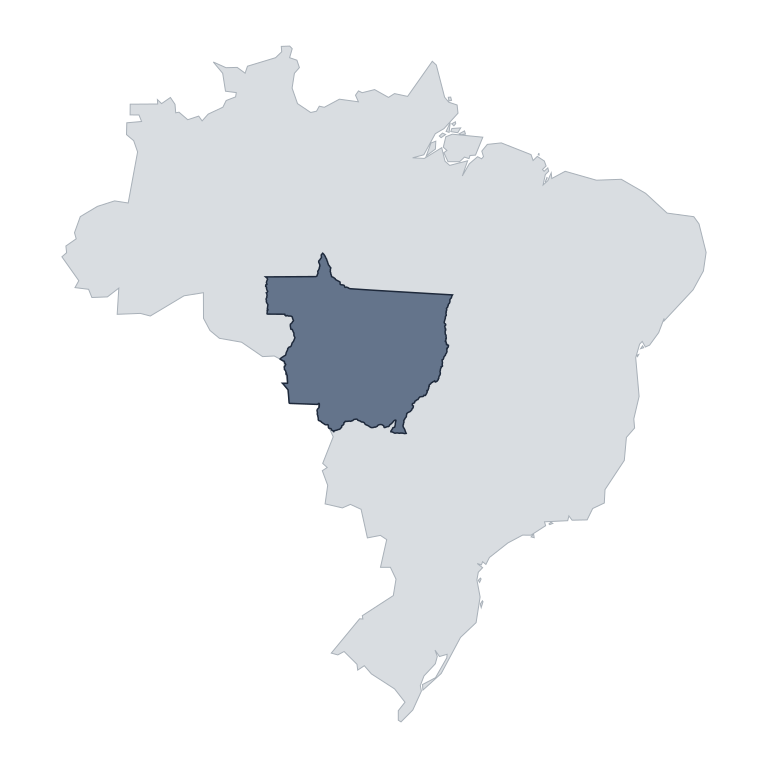 where Mato Grosso sits in Brazil
{"feature_id": "BRA-602", "entity_name": "Mato Grosso", "entity_type": "State", "adm_level": 1, "iso_a3": "BRA", "parent_name": "Brazil", "parent_adm1": "", "projection": "mercator", "projection_center": [-55.436, -12.685], "detail": "fine", "context": "in_parent", "style": "filled", "palette": "slate", "viewbox_px": 768, "rotation_deg": 0, "n_neighbors": 0, "source": "natural_earth", "source_scale": "10m", "svg_char_len": 9729}
<svg xmlns="http://www.w3.org/2000/svg" viewBox="0 0 768 768"><path d="M179.0,112.2L187.7,119.7L198.7,116.1L202.1,120.9L208.2,114.1L222.9,107.2L226.2,100.5L235.6,96.9L236.3,92.6L225.5,91.2L222.7,73.3L213.3,62.0L226.0,67.7L237.2,67.4L245.1,73.2L247.5,66.2L275.6,57.7L281.7,51.8L281.3,46.4L289.7,46.1L292.2,48.7L289.6,57.7L296.9,60.2L299.4,67.6L294.4,73.3L292.1,88.1L297.5,103.6L310.7,112.5L316.5,111.2L319.3,106.2L324.3,107.3L339.4,99.2L358.4,101.8L355.5,95.2L358.5,90.9L362.2,92.7L374.6,89.6L388.5,97.4L394.5,93.6L407.6,96.4L432.3,61.3L436.3,65.0L444.6,97.2L448.8,102.2L457.1,105.0L458.0,113.2L444.0,128.6L435.3,133.7L423.8,154.8L412.6,157.8L424.4,158.4L441.7,147.7L445.0,161.2L449.7,165.4L467.6,160.8L462.3,176.0L469.3,163.8L477.6,156.7L481.6,158.8L483.5,156.6L481.8,151.1L487.3,144.4L501.3,142.9L531.0,154.6L533.1,160.5L537.3,156.4L544.3,161.0L546.1,166.0L542.5,169.5L544.1,171.3L547.8,167.9L548.7,171.2L545.3,174.6L543.1,185.0L547.8,180.7L551.2,172.9L551.8,178.5L565.2,171.3L596.4,180.2L621.3,179.3L645.7,193.4L667.1,213.1L693.8,216.7L699.0,223.9L706.1,252.4L703.4,271.0L693.1,289.8L664.1,320.9L664.1,318.4L658.7,332.6L649.6,345.1L645.4,347.0L642.2,341.4L639.6,344.2L635.7,357.7L639.1,396.4L633.8,418.9L634.6,428.0L626.4,437.4L624.3,460.4L605.0,489.6L604.3,503.0L592.7,508.5L587.1,519.9L572.1,520.2L568.9,515.9L567.7,520.7L544.5,521.8L545.6,525.7L530.9,535.2L522.6,535.1L507.8,543.0L489.4,557.5L485.9,564.4L482.6,561.7L481.4,564.9L477.2,563.5L482.6,567.7L478.3,572.2L476.9,579.9L480.1,597.0L476.1,622.6L460.5,637.4L441.2,673.5L422.9,690.1L422.5,684.5L435.5,677.7L446.8,657.8L447.1,654.3L439.5,656.5L435.0,650.1L437.3,656.4L435.3,663.8L424.0,675.9L420.3,685.6L421.4,691.1L412.8,710.0L401.0,721.9L398.3,720.2L398.3,710.7L405.0,702.2L394.6,688.9L371.4,673.9L364.3,665.7L357.7,670.1L357.0,664.3L344.1,651.5L337.8,654.9L331.3,653.1L359.6,618.8L362.9,619.0L362.3,615.7L393.3,595.6L396.0,579.1L390.4,567.3L380.5,567.3L386.7,539.6L380.4,535.4L367.4,537.9L361.1,509.3L350.4,504.4L342.4,507.9L325.1,503.9L327.7,485.3L322.3,470.7L327.2,467.5L322.7,463.4L333.2,436.8L327.7,424.7L318.4,419.9L319.2,403.6L289.2,403.3L288.1,389.8L282.5,383.3L287.5,383.2L283.7,361.1L274.3,356.0L262.6,356.6L241.6,342.2L219.4,338.3L210.0,330.5L203.5,318.3L203.4,292.7L184.0,295.8L150.3,316.0L140.4,313.4L117.2,314.3L118.8,288.1L107.4,296.9L91.9,297.5L88.6,289.3L75.0,287.6L78.8,280.7L61.9,256.8L66.6,252.7L65.9,246.0L76.2,238.8L74.5,232.7L80.3,216.6L97.4,206.4L114.6,200.9L128.2,203.0L137.6,151.9L133.7,140.7L126.5,134.6L126.8,122.8L141.6,121.5L139.0,115.0L130.1,114.9L130.2,104.2L157.7,104.0L157.4,99.6L161.6,103.6L170.4,97.5L175.0,104.3L175.7,112.8L179.0,112.2ZM452.3,134.2L482.8,137.2L475.5,155.1L470.0,155.5L469.0,158.6L464.5,157.1L459.6,161.7L448.0,161.7L443.9,152.7L446.9,150.4L443.3,147.2L445.8,136.8L452.3,134.2ZM426.3,155.9L431.0,143.0L435.8,141.2L435.4,149.1L426.3,155.9ZM460.7,127.9L457.7,132.7L450.8,131.6L451.9,128.5L460.7,127.9ZM450.2,122.6L449.1,132.4L446.1,131.4L450.2,122.6ZM465.5,134.1L461.2,134.7L459.2,133.8L464.5,130.9L465.5,134.1ZM445.6,134.5L441.1,137.7L439.3,136.0L442.5,133.1L445.6,134.5ZM453.9,125.8L451.7,123.8L455.4,121.8L455.7,123.7L453.9,125.8ZM451.5,100.4L448.9,100.9L448.3,97.3L450.7,97.1L451.5,100.4ZM481.2,607.6L480.3,604.0L482.4,600.8L483.0,601.7L481.2,607.6ZM533.6,533.9L534.2,537.7L531.1,536.9L533.6,533.9ZM479.6,582.4L478.3,580.3L480.4,578.1L481.1,579.0L479.6,582.4ZM547.0,178.5L545.1,182.2L547.1,177.0L547.0,178.5ZM643.7,347.7L640.6,348.7L642.6,345.8L643.7,347.7ZM552.8,523.4L549.7,524.6L549.0,523.9L551.0,522.2L552.8,523.4ZM638.7,354.5L637.5,356.6L636.8,355.3L638.7,354.5ZM538.9,153.1L539.1,155.1L538.2,154.8L538.9,153.1Z" fill="#d9dde1" stroke="#a8b0b8" stroke-width="1"/><path d="M317.3,404.4L289.9,403.4L289.4,403.2L289.1,402.5L288.1,390.2L288.0,389.8L283.3,384.1L282.5,383.3L287.5,383.3L287.6,383.1L287.2,375.4L287.0,375.0L286.2,374.4L286.0,373.9L286.5,373.7L286.4,373.0L285.8,371.8L285.5,370.5L284.6,369.7L284.4,369.4L284.4,368.0L284.2,367.4L284.3,366.4L285.1,366.0L285.7,364.4L285.3,364.0L285.3,363.7L284.8,363.3L284.7,362.9L284.3,361.3L282.6,360.7L282.4,360.4L281.3,359.9L280.1,359.0L281.2,357.9L284.1,356.0L285.4,355.3L285.7,354.9L286.3,352.4L287.6,349.8L287.7,348.7L288.8,347.3L289.4,347.0L290.5,346.7L291.3,345.7L292.1,343.0L293.5,341.3L294.9,337.8L294.9,337.4L294.3,336.4L293.9,335.3L293.9,333.1L293.7,332.7L293.2,331.8L292.3,329.5L291.9,329.3L291.2,329.4L290.9,329.2L290.7,328.5L290.6,327.5L290.4,326.7L290.3,325.2L290.4,324.2L291.8,323.0L292.3,322.3L292.6,321.6L293.2,321.2L293.5,320.6L292.7,318.8L292.4,317.5L292.0,316.6L290.9,316.1L289.6,316.0L288.9,316.1L288.0,315.9L287.3,315.5L287.0,315.5L286.0,316.0L284.9,315.1L284.8,314.9L284.9,314.3L284.8,314.2L267.9,314.1L267.2,314.0L267.0,313.4L267.3,311.9L267.1,310.7L267.2,310.4L267.6,310.5L267.7,310.4L268.0,309.5L267.9,309.3L267.3,308.9L267.9,304.7L267.7,304.3L267.1,303.4L266.3,301.8L266.5,300.6L266.1,299.6L266.2,298.5L266.9,297.2L266.8,296.4L267.1,295.4L266.7,293.4L266.3,292.9L267.0,292.6L267.7,291.3L267.0,290.2L266.5,288.5L266.6,287.6L266.5,287.3L266.4,287.0L265.7,286.5L265.6,286.1L265.8,285.4L265.9,284.8L266.9,284.5L266.9,284.1L266.5,283.0L266.4,282.4L266.9,280.8L267.6,279.2L267.2,278.3L265.6,276.9L315.9,276.6L317.0,275.9L317.4,274.5L318.0,273.3L317.7,271.2L318.4,270.4L318.9,269.1L319.4,268.3L319.3,267.6L319.9,265.9L319.6,264.2L318.7,262.2L318.7,261.2L319.1,260.5L320.0,259.7L320.4,258.9L321.2,257.9L321.5,257.1L321.2,255.9L321.3,254.8L322.7,253.2L323.9,254.4L325.2,256.4L325.9,258.1L326.6,259.1L326.9,260.4L327.6,262.0L327.8,263.1L328.2,263.9L328.4,264.8L329.4,265.9L329.7,266.6L330.8,267.8L330.8,268.0L330.3,269.6L330.4,270.7L330.2,271.6L330.6,272.4L330.8,273.5L330.8,274.2L331.3,275.0L331.6,276.6L331.8,276.7L333.4,277.4L335.2,278.7L335.4,279.4L336.3,280.0L339.8,281.8L340.0,282.1L340.1,282.8L340.1,284.1L340.4,284.4L341.1,284.8L342.6,284.9L344.0,285.3L344.5,286.0L344.7,287.0L345.1,287.4L346.6,287.1L347.2,287.4L348.0,287.6L348.7,288.2L350.1,288.7L372.7,290.2L435.0,293.9L452.5,294.9L451.8,296.1L451.4,297.8L450.3,299.0L449.9,299.7L449.8,300.0L450.0,301.0L449.7,302.5L449.4,303.2L448.3,304.4L448.2,305.5L447.7,306.2L447.8,306.8L447.6,307.0L447.4,307.5L447.0,307.7L446.5,308.4L446.5,308.8L446.7,309.3L446.7,310.0L446.5,310.7L446.1,311.2L446.3,312.2L445.9,313.0L446.3,315.2L446.2,315.6L445.8,315.9L445.4,316.6L445.3,318.5L445.0,319.3L444.2,322.1L444.2,322.6L444.4,323.1L444.7,323.5L445.5,324.0L445.7,324.4L445.6,325.3L444.7,326.1L444.7,326.6L445.0,327.3L445.2,328.6L445.8,329.1L445.7,329.4L445.4,329.7L445.6,330.5L445.2,330.9L445.1,331.6L445.3,334.2L445.9,334.9L446.1,335.5L446.0,336.1L446.3,338.2L446.2,338.5L445.9,338.6L446.0,339.3L445.7,340.4L445.7,341.0L445.4,341.0L445.3,341.3L445.4,341.6L446.1,342.0L446.5,344.5L447.1,344.5L447.1,344.8L447.5,345.1L448.4,345.2L448.5,345.7L448.2,347.1L447.9,347.4L447.2,347.9L447.1,348.1L447.3,348.4L447.3,348.6L446.7,349.0L446.9,349.8L446.8,351.0L447.0,351.6L446.5,352.9L445.6,354.2L445.4,355.2L444.0,356.8L443.7,358.0L443.3,359.2L442.8,359.6L442.1,359.9L442.3,361.7L442.5,362.4L442.4,363.3L442.2,364.0L442.3,365.4L442.5,365.7L442.5,366.1L442.1,366.5L441.2,366.7L441.3,367.3L440.6,368.7L440.4,369.5L440.4,370.2L440.0,371.4L440.4,373.2L440.1,374.1L440.2,374.3L439.8,375.3L439.3,375.8L438.8,377.3L438.8,378.3L438.4,378.6L438.3,379.7L437.7,380.2L437.3,381.0L436.0,381.8L435.4,382.0L435.0,381.8L434.9,381.2L434.7,380.9L434.2,381.3L433.2,381.6L432.5,382.3L431.5,382.7L430.5,384.0L429.9,384.3L429.3,384.9L429.1,385.2L429.3,386.2L428.8,386.6L428.7,387.1L428.8,387.9L428.5,388.6L428.2,389.7L427.6,390.7L427.4,390.8L427.0,390.6L426.9,390.8L427.2,391.6L427.2,392.1L426.4,393.9L425.8,394.6L425.6,395.2L425.2,395.5L424.0,395.3L423.9,395.7L423.0,396.5L420.9,396.7L419.7,397.0L418.5,398.5L418.0,399.5L417.6,399.6L416.4,400.1L416.1,400.6L414.8,401.3L414.6,402.7L414.4,402.9L412.9,403.4L412.4,403.8L412.3,404.9L412.4,405.3L413.4,406.0L413.1,407.8L412.1,408.8L411.8,409.8L410.2,411.5L407.7,412.7L406.7,413.6L406.8,413.9L406.4,415.5L406.4,416.5L406.1,417.1L405.8,417.4L404.8,418.7L404.5,419.7L403.9,420.2L403.7,420.7L404.0,422.1L403.6,422.9L403.4,424.5L403.2,424.7L403.0,426.0L403.3,427.1L404.7,429.4L405.3,431.3L406.2,433.4L404.7,433.6L402.3,433.1L400.1,433.1L399.9,433.2L399.5,433.3L397.1,432.9L395.1,433.2L394.5,433.1L392.8,432.2L391.6,431.8L391.0,431.9L390.8,431.4L391.0,430.9L391.8,429.8L392.5,428.7L392.7,428.0L393.1,427.6L394.4,427.3L394.7,427.1L395.3,424.5L395.3,423.3L395.8,421.1L395.9,420.3L395.7,420.1L394.6,420.3L393.6,421.1L392.9,422.1L391.4,423.7L389.8,424.8L389.3,425.9L388.5,426.6L387.5,426.6L386.8,426.8L385.1,427.5L384.3,427.5L384.0,427.1L383.7,425.8L382.0,424.7L380.7,424.5L379.2,424.7L378.3,425.1L377.8,425.4L377.3,426.2L375.6,427.1L374.6,427.1L372.9,427.6L371.2,427.6L369.4,426.6L368.6,425.9L365.4,424.5L364.7,423.6L364.4,422.9L363.8,422.4L362.6,422.0L362.2,422.1L361.3,421.9L360.3,421.1L357.9,420.3L357.4,419.5L357.0,419.2L356.1,419.1L353.8,419.5L352.6,420.7L351.8,420.7L350.9,421.3L350.4,421.3L349.6,421.1L346.8,421.4L345.3,421.3L344.9,421.7L344.7,422.3L343.9,422.7L343.8,424.2L343.1,425.0L341.7,425.9L341.7,427.1L340.0,429.0L339.2,429.4L338.0,429.6L337.2,430.0L334.5,430.7L334.1,431.0L333.6,432.2L333.5,431.2L333.2,430.8L332.7,430.7L331.4,429.9L331.3,429.2L330.9,428.6L329.6,428.4L329.4,428.5L328.7,428.0L328.4,427.5L328.3,425.4L328.0,424.8L327.3,424.6L326.5,424.8L325.8,424.8L324.7,424.4L324.0,423.8L323.2,423.4L322.4,422.7L321.5,422.3L321.1,421.5L320.6,421.3L319.9,420.9L319.3,420.8L318.6,420.4L318.3,419.9L318.2,417.7L317.9,416.8L317.8,415.6L317.4,414.8L317.2,413.9L317.5,413.1L317.0,410.4L317.4,409.3L319.1,407.4L319.3,406.8L318.9,406.2L318.9,405.9L319.3,405.6L319.4,405.3L319.3,403.7L319.2,403.5L318.4,403.5L318.0,404.2L317.3,404.4Z" fill="#64748b" stroke="#1e293b" stroke-width="1.5"/></svg>